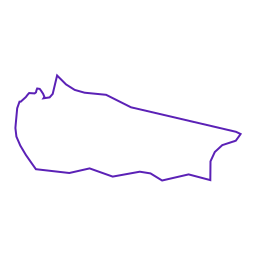 map outline of Redcar and Cleveland (Natural Earth projection)
{"feature_id": "GBR-2032", "entity_name": "Redcar and Cleveland", "entity_type": "Unitary Authority", "adm_level": 1, "iso_a3": "GBR", "parent_name": "United Kingdom", "parent_adm1": "", "projection": "natural_earth1", "projection_center": [-1.077, 54.567], "detail": "fine", "context": "isolated", "style": "outline", "palette": "violet", "viewbox_px": 256, "rotation_deg": 0, "n_neighbors": 0, "source": "natural_earth", "source_scale": "10m", "svg_char_len": 648}
<svg xmlns="http://www.w3.org/2000/svg" viewBox="0 0 256 256"><path d="M29.2,93.0L29.7,93.1L34.6,93.4L36.0,92.3L36.5,90.2L37.2,88.5L39.7,88.9L41.0,90.6L43.1,93.8L44.4,96.9L43.5,98.3L49.6,97.4L52.7,93.9L57.1,75.5L66.0,84.4L74.7,89.9L84.6,92.7L106.1,94.8L131.0,107.3L236.0,131.8L240.6,134.0L240.3,134.5L235.8,140.7L222.3,145.1L214.8,152.0L210.5,161.3L210.3,180.1L188.6,174.4L162.1,180.5L150.5,173.4L139.8,171.7L112.7,176.6L89.6,168.4L69.3,173.0L35.9,169.2L32.2,164.0L25.9,155.0L20.3,145.6L16.4,136.6L15.4,128.0L15.9,122.2L17.2,108.2L19.5,101.7L20.7,101.7L25.8,97.1L27.8,94.5L29.2,93.0L29.2,93.0Z" fill="none" stroke="#5b21b6" stroke-width="2"/></svg>